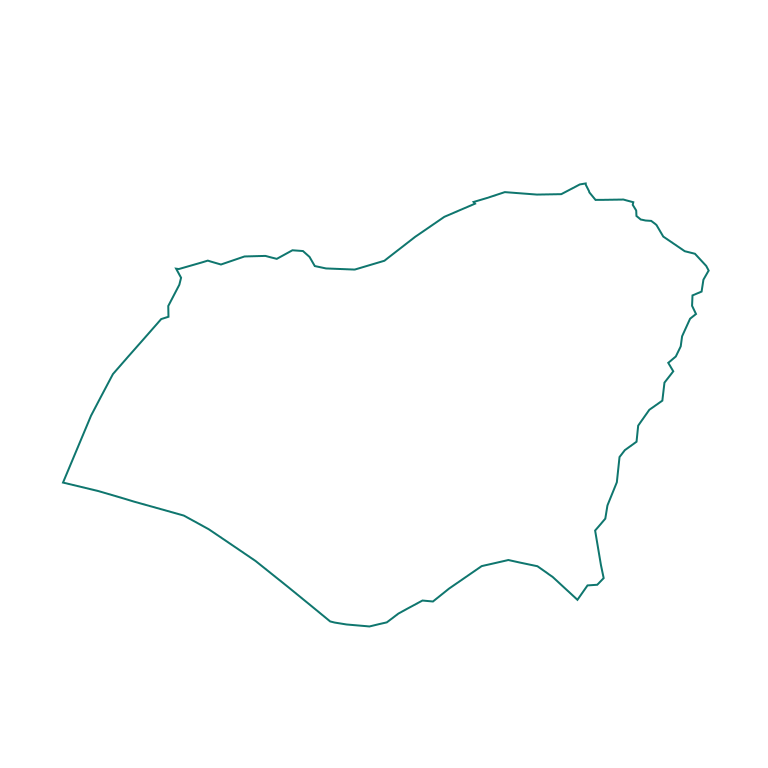 outline of Doe, Nimba, Liberia, rotated 284°
{"feature_id": "62588387B53345215693508", "entity_name": "Doe", "entity_type": "district", "adm_level": 2, "iso_a3": "LBR", "parent_name": "Liberia", "parent_adm1": "Nimba", "projection": "natural_earth1", "projection_center": [-8.791, 6.605], "detail": "fine", "context": "isolated", "style": "outline", "palette": "teal", "viewbox_px": 768, "rotation_deg": 284, "n_neighbors": 0, "source": "geoboundaries", "source_scale": "gbopen_adm2", "svg_char_len": 1857}
<svg xmlns="http://www.w3.org/2000/svg" viewBox="0 0 768 768"><g transform="rotate(284 384 384)"><path d="M627.4,531.2L625.0,525.7L611.1,510.1L604.8,486.6L599.4,454.8L589.5,439.1L582.3,426.9L581.0,428.7L571.3,415.9L560.8,402.1L534.3,378.6L507.2,357.3L503.7,354.6L488.0,328.0L487.8,327.2L482.1,299.8L481.7,288.3L489.3,281.0L493.4,273.2L491.6,262.8L479.5,249.7L479.5,243.2L479.6,238.0L478.7,234.7L474.0,217.8L460.5,196.9L460.9,186.3L461.1,183.2L457.8,177.7L445.9,157.1L445.6,154.4L438.0,161.4L430.8,161.4L407.5,155.8L397.1,158.6L393.4,152.6L393.1,152.1L369.6,140.0L348.6,129.1L328.1,118.6L324.9,117.8L303.0,112.4L282.4,107.4L274.5,106.2L210.7,96.4L211.0,132.9L209.9,160.0L209.4,169.8L208.0,218.6L207.9,221.6L200.7,249.0L197.5,257.8L190.9,275.8L181.2,302.2L163.7,340.3L154.1,360.7L150.0,369.4L140.6,389.2L140.6,393.9L141.6,405.8L144.8,425.8L144.9,426.5L145.2,428.5L149.8,437.3L153.4,444.4L164.7,453.5L171.1,460.4L183.2,473.7L184.8,484.1L201.2,496.6L230.9,522.8L232.3,525.5L234.6,530.1L242.5,545.7L243.3,547.2L243.6,558.5L244.3,577.0L243.9,578.0L241.9,583.2L239.7,588.9L239.4,589.5L237.6,594.3L221.4,623.9L237.8,630.2L240.8,639.5L248.8,644.1L260.8,638.3L292.9,624.3L297.6,626.7L306.9,631.3L320.0,630.2L321.1,630.3L345.0,633.7L370.1,630.2L378.1,633.7L389.1,643.0L405.1,640.7L409.8,642.5L423.2,647.7L435.2,658.1L453.2,655.8L462.4,659.9L466.3,661.6L473.3,654.7L481.3,660.5L492.3,662.8L502.4,661.7L521.4,665.2L527.4,669.8L534.4,664.0L544.6,661.9L550.5,669.8L562.5,668.7L571.7,671.3L572.5,671.6L573.6,670.7L576.5,668.1L585.6,654.2L585.6,649.9L585.6,643.7L594.6,619.3L604.2,609.9L605.0,608.3L606.9,603.8L605.9,598.2L605.8,594.7L605.7,593.4L608.1,588.3L613.2,586.8L613.9,586.2L618.0,582.0L618.5,582.0L620.7,581.9L620.8,574.8L620.9,571.7L615.3,550.6L613.8,544.7L619.6,536.9L620.7,536.3L626.0,531.7L627.4,531.2Z" fill="none" stroke="#0f766e" stroke-width="2"/></g></svg>